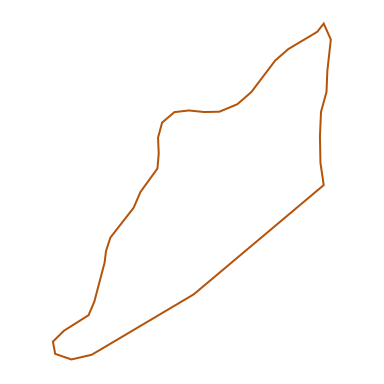 SVG path tracing the border of Brunei and Muara, rotated 175°
{"feature_id": "BRN-1182", "entity_name": "Brunei and Muara", "entity_type": "District", "adm_level": 1, "iso_a3": "BRN", "parent_name": "Brunei", "parent_adm1": "", "projection": "natural_earth1", "projection_center": [114.909, 4.894], "detail": "fine", "context": "isolated", "style": "outline", "palette": "amber", "viewbox_px": 384, "rotation_deg": 175, "n_neighbors": 0, "source": "natural_earth", "source_scale": "10m", "svg_char_len": 578}
<svg xmlns="http://www.w3.org/2000/svg" viewBox="0 0 384 384"><g transform="rotate(175 192 192)"><path d="M243.3,196.6L224.4,218.4L221.8,233.1L221.1,249.1L215.7,263.8L202.6,273.1L188.0,273.5L172.8,270.6L157.7,269.6L139.2,275.5L124.2,286.4L97.6,315.8L83.6,326.0L53.2,340.7L46.1,348.3L46.0,348.0L40.4,331.8L46.6,301.0L49.3,279.9L56.5,260.6L59.7,236.2L61.5,209.9L60.2,187.4L199.2,89.9L306.1,38.6L326.8,35.7L342.4,42.7L343.6,55.1L331.6,65.0L305.8,78.3L298.9,91.2L285.2,129.3L282.8,140.7L277.2,153.8L251.5,181.4L243.3,196.6Z" fill="none" stroke="#b45309" stroke-width="2"/></g></svg>